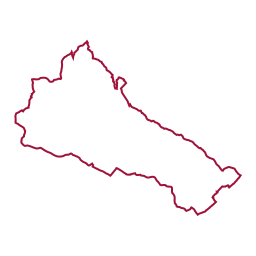 Lipova, Bacau, Romania
{"feature_id": "2599482B24055899369049", "entity_name": "Lipova", "entity_type": "district", "adm_level": 2, "iso_a3": "ROU", "parent_name": "Romania", "parent_adm1": "Bacau", "projection": "mercator", "projection_center": [27.232, 46.723], "detail": "fine", "context": "isolated", "style": "outline", "palette": "rose", "viewbox_px": 256, "rotation_deg": 0, "n_neighbors": 0, "source": "geoboundaries", "source_scale": "gbopen_adm2", "svg_char_len": 5678}
<svg xmlns="http://www.w3.org/2000/svg" viewBox="0 0 256 256"><path d="M32.3,147.0L33.7,147.7L34.5,147.8L36.2,148.5L38.0,148.4L40.1,147.8L41.1,148.0L45.1,150.6L47.6,151.9L50.6,153.0L53.1,154.6L54.8,155.5L56.6,156.2L57.9,156.5L60.1,156.6L61.8,156.4L63.2,156.1L65.7,154.8L68.4,154.7L69.6,154.2L70.5,153.6L71.4,153.6L72.3,154.3L72.9,154.9L74.9,155.6L75.9,156.2L76.9,156.4L79.1,157.7L79.9,158.6L80.5,159.8L81.4,160.6L83.4,162.0L85.8,163.0L86.9,163.9L87.8,164.9L88.2,165.2L88.9,165.5L89.6,165.3L92.1,163.6L92.9,165.0L93.1,165.1L92.6,166.6L96.3,168.5L97.4,168.9L97.6,169.2L98.5,169.5L99.4,170.1L103.2,171.5L106.3,173.5L108.1,174.2L110.1,175.6L110.4,175.7L116.1,168.8L116.4,168.1L116.7,168.1L119.8,169.8L122.4,171.5L124.3,172.9L126.0,173.8L126.1,174.2L127.3,174.6L129.9,174.7L130.0,174.5L131.3,174.3L131.3,174.1L132.3,173.8L135.1,173.3L135.2,173.7L135.5,174.2L136.5,174.9L137.0,175.0L140.5,174.8L141.0,175.5L143.6,175.8L144.5,176.1L146.3,177.2L147.8,177.6L149.0,177.5L151.8,176.8L153.2,176.8L154.0,177.0L155.1,177.7L155.4,178.2L156.7,180.5L158.4,182.2L160.4,185.0L161.1,185.2L163.6,185.0L165.3,185.1L165.6,185.2L166.4,186.2L167.7,186.5L171.0,186.8L171.6,187.2L172.0,188.1L172.0,191.9L172.2,192.9L172.5,193.0L173.8,194.8L174.1,195.3L174.6,196.7L174.7,199.0L174.5,200.0L174.9,203.4L175.4,203.8L176.2,204.9L176.5,205.5L176.6,206.3L176.8,206.5L177.9,206.9L179.5,207.0L181.5,208.0L183.3,208.3L184.5,208.8L184.9,209.1L185.5,210.2L186.3,210.9L187.0,210.5L188.5,210.1L190.1,209.2L190.6,208.7L191.1,207.6L191.5,207.4L193.9,209.2L194.6,210.1L195.1,211.3L195.5,211.7L196.4,213.1L197.5,214.1L197.7,214.6L199.4,213.6L202.0,212.7L203.4,212.1L205.2,211.5L205.8,210.9L205.9,210.5L206.5,210.2L209.1,208.1L209.4,208.0L209.6,207.5L210.2,207.0L211.7,205.9L212.3,205.2L213.2,204.6L216.0,201.9L214.3,200.3L214.2,199.8L212.7,197.6L213.3,197.4L213.0,196.4L215.0,194.3L215.7,194.0L216.7,193.1L216.7,192.3L217.1,192.7L217.5,192.5L217.6,192.0L217.2,191.9L217.3,191.7L222.3,186.4L223.2,186.7L224.4,186.5L225.4,186.5L227.0,185.7L227.4,185.6L228.0,185.3L228.4,185.6L228.7,187.1L229.1,187.5L230.0,186.8L230.3,186.3L231.2,185.7L232.8,184.2L233.3,183.8L233.5,183.8L233.9,183.6L235.0,182.2L236.8,180.3L238.2,178.4L238.9,177.9L240.6,175.4L239.3,174.6L238.2,173.8L236.1,171.2L234.9,169.2L234.2,168.5L229.1,167.0L228.7,167.0L226.5,167.8L224.2,168.9L223.6,169.5L222.9,170.7L221.9,170.5L219.6,167.4L219.1,166.5L216.9,164.6L216.3,163.9L214.8,161.0L213.5,159.3L209.6,157.9L207.0,156.3L206.3,155.4L206.0,154.5L205.6,153.9L205.3,152.8L205.1,152.4L204.3,151.5L203.8,151.2L203.4,150.4L201.9,149.4L201.6,148.9L201.1,148.6L201.0,148.4L200.5,148.0L200.0,148.3L198.4,147.6L197.8,146.8L195.0,144.6L193.7,143.3L193.6,142.9L192.5,141.8L189.4,140.6L188.7,140.1L187.0,139.9L184.3,139.0L183.3,138.0L182.6,136.2L180.9,134.7L179.2,135.2L177.8,134.6L176.6,134.9L173.9,133.0L173.4,132.1L172.1,131.2L170.8,130.5L169.7,130.0L169.1,130.0L166.3,128.7L165.2,128.5L164.2,128.8L162.9,127.8L161.9,127.4L161.5,127.4L159.8,125.6L159.6,125.3L159.6,124.7L159.4,124.4L159.1,124.4L158.3,123.8L157.3,123.0L155.0,122.2L153.5,120.8L152.9,120.8L151.6,121.4L151.3,121.3L150.6,120.7L147.7,119.7L147.0,118.9L146.4,117.9L146.1,116.8L145.6,116.2L145.2,115.3L144.3,114.8L142.5,113.0L141.8,113.0L141.2,111.8L140.8,110.7L139.7,110.8L138.4,110.5L136.9,109.2L133.0,107.5L131.8,107.0L131.1,106.2L130.1,104.4L129.3,105.7L128.7,104.2L128.1,102.7L127.7,101.3L122.4,93.3L121.8,91.8L121.6,89.9L120.9,88.5L126.1,83.1L125.6,82.4L125.4,81.9L125.2,81.8L124.4,80.7L123.9,80.6L124.0,80.0L123.7,79.9L123.7,79.4L123.2,79.0L122.2,78.6L119.5,77.4L118.7,77.5L118.7,78.2L117.2,79.9L116.8,79.9L116.6,80.6L116.5,81.2L117.2,82.9L117.1,83.7L116.6,84.3L117.0,85.1L117.0,85.9L116.8,87.9L116.4,88.0L116.7,88.7L115.2,88.5L114.4,85.9L114.6,85.2L114.2,82.2L113.7,82.2L113.1,81.4L113.2,80.9L113.4,80.4L113.4,80.2L113.1,80.1L113.1,79.5L112.8,78.8L113.0,77.9L112.7,77.2L112.3,77.4L111.9,77.4L111.6,77.1L112.7,75.1L112.3,74.8L109.4,71.6L108.8,71.5L107.7,70.6L106.7,70.2L106.6,69.6L106.4,68.4L106.0,67.5L104.3,66.3L103.2,64.3L102.0,63.3L101.9,62.6L101.6,61.9L100.5,61.6L99.4,60.9L98.7,60.1L98.0,59.7L96.7,59.4L94.9,58.7L94.1,58.6L93.4,58.4L92.2,58.7L92.9,58.1L92.8,57.5L93.0,56.5L92.8,55.6L92.7,54.3L92.2,53.3L92.2,52.1L90.6,51.4L89.6,50.0L88.3,49.7L88.0,49.0L88.0,48.2L88.7,47.2L88.8,46.9L87.4,44.0L87.9,42.9L87.0,41.4L85.8,42.8L84.5,43.5L83.9,44.5L82.4,45.6L80.6,45.8L78.4,47.0L78.0,48.3L77.8,49.5L75.4,51.9L74.3,52.8L74.3,54.0L73.4,55.7L73.1,57.7L72.3,55.9L72.1,55.0L71.9,54.1L71.9,52.4L71.7,51.9L71.4,52.6L69.9,54.2L67.2,55.5L66.0,56.5L64.6,57.1L63.1,58.9L62.1,60.7L61.8,61.7L62.1,64.8L61.9,67.5L61.5,69.2L61.4,70.9L60.6,73.5L60.5,74.2L60.9,77.0L61.1,77.9L61.2,78.1L60.8,78.9L60.4,79.0L59.8,78.7L59.3,78.9L58.4,78.7L57.4,79.3L54.8,79.9L54.2,79.9L53.9,80.1L53.2,81.2L52.6,81.6L50.7,81.8L50.1,81.7L49.3,81.1L48.1,79.5L46.9,78.5L46.2,78.1L44.3,77.7L41.8,77.8L40.5,78.0L38.8,79.2L36.2,79.4L33.5,79.1L32.0,79.4L32.0,79.5L33.0,82.8L33.0,83.1L32.5,84.3L32.7,86.1L32.7,87.8L33.6,90.7L34.2,91.7L32.7,93.2L32.2,94.0L31.8,94.0L31.9,94.9L31.0,96.2L30.9,96.7L31.7,97.2L31.7,97.5L30.6,98.3L30.1,99.4L29.6,99.8L29.4,100.2L29.4,101.7L29.3,103.6L28.9,105.6L28.4,106.5L28.6,107.6L25.9,108.4L25.0,109.2L24.4,109.6L23.8,110.2L23.5,110.8L23.1,111.4L21.9,110.7L21.8,110.4L20.3,111.1L19.3,112.0L16.2,113.4L15.4,115.8L15.7,120.4L15.5,120.8L15.6,121.3L15.5,122.2L15.6,122.8L18.1,124.0L19.4,125.1L22.3,126.8L23.7,127.8L24.4,129.2L24.6,130.0L25.2,130.9L24.6,133.9L24.0,135.0L24.0,136.3L21.8,138.4L21.6,139.2L21.7,140.0L21.5,140.4L21.5,141.1L21.3,141.5L21.4,142.7L21.5,142.9L22.2,143.6L22.7,144.3L23.9,145.4L25.0,145.9L25.6,145.9L26.8,145.5L27.5,145.5L28.9,145.8L32.3,147.0Z" fill="none" stroke="#9f1239" stroke-width="2"/></svg>